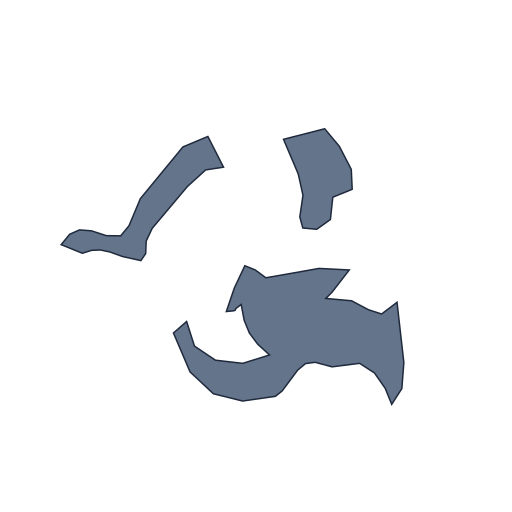 map outline of Penghu (orthographic projection), rotated 22°
{"feature_id": "TWN-3414", "entity_name": "Penghu", "entity_type": "County", "adm_level": 1, "iso_a3": "TWN", "parent_name": "Taiwan", "parent_adm1": "", "projection": "orthographic", "projection_center": [119.557, 23.598], "detail": "fine", "context": "isolated", "style": "filled", "palette": "slate", "viewbox_px": 512, "rotation_deg": 22, "n_neighbors": 0, "source": "natural_earth", "source_scale": "10m", "svg_char_len": 1103}
<svg xmlns="http://www.w3.org/2000/svg" viewBox="0 0 512 512"><g transform="rotate(22 256 256)"><path d="M404.1,246.1L433.0,299.4L440.9,324.3L437.4,342.7L425.5,330.4L409.7,320.1L392.3,316.7L368.0,330.3L350.7,332.4L342.2,337.2L337.4,346.2L330.8,371.3L326.6,378.8L297.9,395.5L268.1,399.7L238.3,388.2L208.3,358.3L216.2,342.7L232.7,362.6L257.4,367.8L283.9,360.5L305.6,342.7L290.6,337.1L278.7,329.9L269.1,320.0L260.4,306.5L257.0,312.2L257.0,314.1L255.8,315.2L249.3,318.6L247.9,293.8L249.3,269.2L260.4,269.2L273.3,272.5L319.1,243.9L347.7,234.0L340.0,261.3L336.6,269.2L361.4,261.7L380.4,263.7L394.2,262.7L404.1,246.1ZM127.3,246.1L147.4,182.2L166.6,163.2L192.6,185.8L177.1,195.0L166.4,217.2L149.4,269.2L148.6,283.2L152.8,295.1L151.0,303.4L132.4,306.5L119.0,307.0L109.5,308.7L101.5,312.3L94.0,318.5L71.1,318.5L75.1,305.6L82.6,297.9L94.0,294.3L109.6,293.2L123.0,288.0L126.9,275.5L127.3,246.1ZM282.0,203.4L276.8,182.1L264.5,164.2L237.8,137.5L272.0,112.3L292.2,123.1L311.9,140.0L320.2,158.1L305.2,172.7L311.3,194.3L302.3,208.5L288.9,212.5L282.0,203.4Z" fill="#64748b" stroke="#1e293b" stroke-width="1.5"/></g></svg>